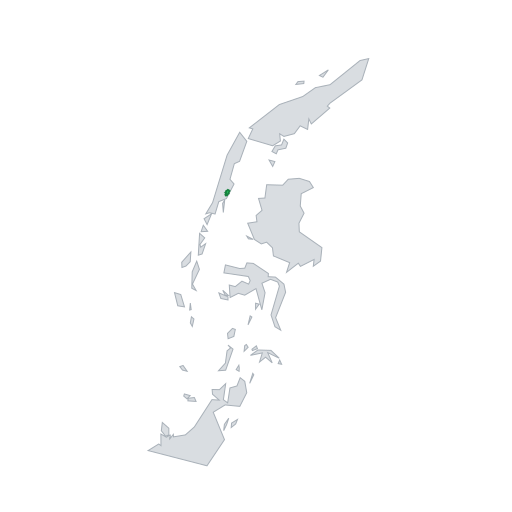 location of Tuban, Jawa Timur, Indonesia, rotated 101°
{"feature_id": "22746128B21203406788524", "entity_name": "Tuban", "entity_type": "district", "adm_level": 2, "iso_a3": "IDN", "parent_name": "Indonesia", "parent_adm1": "Jawa Timur", "projection": "albers", "projection_center": [111.881, -6.959], "detail": "fine", "context": "in_parent", "style": "filled", "palette": "green", "viewbox_px": 512, "rotation_deg": 101, "n_neighbors": 0, "source": "geoboundaries", "source_scale": "gbopen_adm2", "svg_char_len": 5110}
<svg xmlns="http://www.w3.org/2000/svg" viewBox="0 0 512 512"><g transform="rotate(101 256 256)"><path d="M177.9,212.8L186.2,223.5L198.5,222.1L204.8,217.0L215.6,220.1L224.0,218.1L235.2,192.9L248.7,191.7L255.1,197.8L248.3,198.3L257.7,210.4L255.0,213.1L266.2,222.9L256.1,221.7L252.6,238.9L244.8,241.4L240.4,248.2L243.1,253.1L240.1,260.7L225.4,270.4L222.2,261.6L216.2,263.6L210.0,258.8L199.0,264.5L197.4,258.3L184.0,259.1L181.4,243.3L174.5,239.0L171.5,228.3L172.7,217.7L177.9,212.8ZM40.7,183.0L62.9,185.6L91.8,212.5L95.3,214.6L96.7,211.8L115.8,226.9L111.3,230.3L121.9,229.5L119.8,237.5L128.6,241.7L133.3,251.4L131.5,256.1L138.5,254.0L144.6,260.7L142.2,286.0L131.8,283.4L131.5,287.0L102.9,262.0L90.5,240.5L79.4,229.8L73.7,216.0L44.3,191.2L40.7,183.0ZM471.3,264.1L467.6,324.8L459.1,315.6L460.3,313.1L448.9,315.4L451.0,309.4L448.1,306.1L449.2,305.7L451.0,306.1L452.1,305.8L446.9,303.1L449.3,302.5L445.1,291.2L435.6,283.9L405.4,271.8L404.5,264.6L400.0,272.3L395.4,273.6L394.2,266.4L387.1,261.4L403.3,260.6L405.6,255.8L390.5,256.4L387.2,249.9L378.5,248.3L381.2,243.1L392.0,239.0L406.7,243.2L408.1,257.9L417.5,268.2L442.3,251.9L471.3,264.1ZM321.8,223.9L311.0,230.0L281.1,227.3L277.4,229.7L276.1,237.3L281.6,245.0L290.3,240.1L307.7,240.0L288.0,249.8L296.6,259.6L296.0,266.2L301.7,273.5L289.6,276.7L290.0,270.5L283.4,265.0L285.0,257.9L281.3,257.0L277.6,259.6L278.7,284.3L270.6,284.3L271.4,269.6L270.1,264.7L264.5,263.6L263.8,257.2L270.8,240.5L274.0,240.1L273.0,232.9L278.3,223.2L286.0,220.0L312.8,225.0L324.1,217.6L321.8,223.9ZM145.2,286.9L166.2,290.2L169.5,294.9L185.7,296.2L189.5,291.3L205.3,296.0L209.7,302.9L222.6,304.2L222.4,309.9L224.2,313.3L211.9,308.8L162.5,303.6L137.7,295.6L145.2,286.9ZM348.6,226.1L357.8,219.7L353.5,227.3L359.4,232.3L349.9,231.3L354.6,242.5L347.9,236.2L345.8,223.3L351.9,213.7L348.6,226.1ZM351.8,260.8L373.9,264.0L375.8,270.9L367.0,265.6L354.6,266.3L351.1,263.4L348.8,266.5L351.8,260.8ZM299.9,312.9L283.7,315.6L272.4,313.2L279.9,309.0L295.7,313.0L301.3,308.2L299.9,312.9ZM253.5,307.8L264.3,309.3L266.2,312.8L244.5,315.7L248.0,309.8L255.4,313.2L257.9,312.0L253.5,307.8ZM319.6,316.5L319.8,323.3L307.5,329.0L308.2,322.5L319.6,316.5ZM144.5,247.3L147.6,254.7L151.8,255.6L150.4,260.3L144.2,258.1L142.1,252.1L136.0,250.9L139.0,246.5L144.5,247.3ZM445.6,315.6L437.3,316.2L441.7,308.7L448.2,307.4L450.1,310.4L445.6,315.6ZM274.2,319.5L279.2,322.8L281.4,326.5L276.3,327.7L264.5,320.7L274.2,319.5ZM339.2,262.4L342.5,267.6L337.4,269.2L331.6,265.3L332.0,262.3L339.2,262.4ZM223.1,307.7L234.5,310.0L229.3,314.1L223.1,307.7ZM241.0,308.2L242.6,314.5L235.9,313.6L241.0,308.2ZM164.9,256.7L159.3,261.5L159.7,255.5L164.9,256.7ZM410.2,287.1L411.2,295.2L408.6,295.5L406.7,289.5L410.2,287.1ZM219.5,296.4L210.7,298.8L207.0,297.4L219.5,296.4ZM304.5,275.1L304.4,282.4L299.3,285.4L301.4,275.7L304.5,275.1ZM59.5,220.5L67.7,224.4L66.7,228.2L59.5,220.5ZM80.0,249.6L76.8,248.1L75.2,242.2L77.6,242.0L80.0,249.6ZM379.1,309.7L377.4,306.7L382.3,301.6L382.0,306.4L379.1,309.7ZM373.0,235.5L382.2,237.9L371.8,236.8L373.0,235.5ZM316.7,248.4L325.1,250.7L315.9,250.3L316.7,248.4ZM300.5,278.6L296.0,282.1L300.0,275.6L300.5,278.6ZM420.0,243.0L424.7,243.9L429.1,247.6L424.7,248.1L420.0,243.0ZM337.3,305.1L334.2,307.7L328.0,307.8L329.7,304.9L337.3,305.1ZM409.4,296.5L407.3,300.2L405.1,300.0L405.6,294.0L409.4,296.5ZM351.8,249.5L346.2,250.0L344.7,248.6L347.1,246.3L351.8,249.5ZM420.4,251.8L427.2,252.7L433.6,254.4L427.3,254.9L420.4,251.8ZM302.7,243.7L308.3,246.3L302.4,247.4L302.7,243.7ZM357.4,213.7L353.6,212.9L357.4,210.2L357.4,213.7ZM314.7,311.5L321.0,309.4L321.7,310.8L314.7,311.5ZM372.4,250.6L371.3,253.8L366.5,252.0L369.0,251.1L372.4,250.6ZM240.6,266.7L238.2,268.9L240.2,261.9L240.6,266.7ZM346.7,236.9L349.5,241.5L348.3,242.2L344.1,238.5L346.7,236.9Z" fill="#d9dde1" stroke="#a8b0b8" stroke-width="1"/><path d="M196.8,296.5L197.0,296.7L197.1,296.8L197.1,297.0L197.3,297.1L197.5,297.2L197.5,297.3L197.4,297.3L197.5,297.3L197.6,297.5L197.8,297.5L198.0,297.5L198.3,297.5L198.5,297.5L198.8,297.7L198.9,297.8L199.0,297.8L198.9,297.9L199.0,297.9L199.1,298.0L199.1,297.9L199.2,298.0L199.2,297.9L199.3,297.9L199.4,298.0L199.5,298.0L199.6,297.9L199.7,298.0L199.8,298.2L199.8,297.9L199.9,298.0L200.0,298.0L200.1,298.3L200.1,298.2L200.2,297.9L200.3,297.8L200.3,297.7L200.5,297.6L200.4,297.4L200.5,297.3L200.6,297.5L200.6,297.4L200.7,297.5L200.7,297.4L200.8,297.4L201.0,297.4L201.1,297.5L201.3,297.5L201.5,297.7L201.8,297.7L202.0,297.5L201.9,297.5L202.0,297.4L202.0,297.5L202.2,297.4L202.3,297.4L202.3,297.2L202.2,297.0L202.2,296.9L202.3,296.8L202.3,296.7L202.2,296.7L202.2,296.4L202.2,296.2L202.1,295.9L201.9,295.8L201.7,295.8L201.8,295.7L201.7,295.8L201.4,295.8L201.3,295.7L201.2,295.7L200.9,295.7L200.6,295.5L200.6,295.4L200.4,295.2L200.3,294.9L200.2,294.9L200.1,294.7L199.9,294.5L199.7,294.6L199.4,294.7L199.2,294.8L198.8,294.9L198.7,294.8L198.3,294.7L198.2,294.6L197.9,294.6L197.7,294.6L197.4,294.4L197.4,294.5L197.2,294.6L197.2,294.8L197.1,295.0L196.9,295.1L196.7,295.1L196.7,295.3L196.7,295.5L196.6,295.8L196.4,295.9L196.4,296.0L196.3,296.3L196.5,296.4L196.7,296.5L196.8,296.5Z" fill="#22c55e" stroke="#15803d" stroke-width="1.5"/></g></svg>